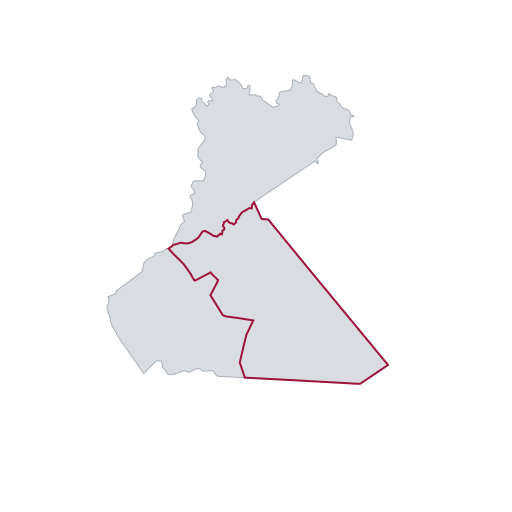 location of Timbuktu within Mali, rotated 146°
{"feature_id": "MLI-2688", "entity_name": "Timbuktu", "entity_type": "Region", "adm_level": 1, "iso_a3": "MLI", "parent_name": "Mali", "parent_adm1": "", "projection": "robinson", "projection_center": [-3.929, 20.026], "detail": "fine", "context": "in_parent", "style": "outline", "palette": "rose", "viewbox_px": 512, "rotation_deg": 146, "n_neighbors": 0, "source": "natural_earth", "source_scale": "10m", "svg_char_len": 6968}
<svg xmlns="http://www.w3.org/2000/svg" viewBox="0 0 512 512"><g transform="rotate(146 256 256)"><path d="M113.4,370.2L113.6,368.5L112.3,367.4L112.3,366.8L113.0,362.0L112.9,360.7L113.5,358.3L112.6,357.2L112.5,356.4L110.5,353.3L109.8,350.6L108.8,348.9L106.4,348.3L105.5,349.8L105.0,350.0L104.1,349.0L103.8,348.0L103.8,347.2L100.7,343.0L101.0,340.8L102.1,339.6L102.6,337.7L101.5,335.5L101.6,333.3L101.5,330.4L99.7,327.8L98.5,326.6L97.5,324.8L98.4,320.6L96.6,317.0L100.0,318.4L101.6,317.1L103.1,315.3L104.5,312.9L105.1,309.9L105.4,307.4L106.8,303.4L108.4,301.5L111.8,298.7L112.7,299.0L118.2,304.9L121.3,307.9L122.4,309.5L123.4,309.5L125.0,306.6L126.6,304.1L127.3,303.5L132.8,303.1L135.7,303.6L138.3,304.3L141.9,304.5L151.5,302.7L151.6,301.5L151.5,300.1L151.9,299.0L152.7,298.0L153.4,297.8L153.6,301.2L154.4,301.7L156.7,301.8L227.5,301.8L230.5,284.4L225.3,278.1L207.4,91.8L241.1,91.8L246.9,96.0L355.2,177.9L355.8,180.5L355.7,184.2L356.5,185.3L358.1,186.5L364.2,190.0L364.7,190.7L365.0,192.1L365.7,193.9L367.0,194.9L368.5,195.7L370.4,196.2L376.0,196.8L377.2,197.6L379.6,200.8L380.9,201.5L388.4,203.2L390.9,204.1L393.5,205.6L395.0,206.9L395.0,212.0L396.0,215.3L396.0,216.1L394.8,217.5L394.6,218.4L393.2,221.1L393.5,222.1L396.1,224.1L397.4,224.6L398.9,224.6L414.8,221.2L415.4,268.7L414.8,269.4L414.5,277.8L413.4,282.8L411.4,286.4L410.1,291.9L409.4,293.0L408.8,296.1L407.7,297.9L405.6,298.6L402.0,302.1L401.7,304.9L393.1,303.4L392.5,303.4L392.2,303.8L392.0,305.3L370.0,306.1L359.2,306.8L352.4,313.2L348.0,313.8L342.4,313.3L339.6,313.2L338.5,313.6L338.3,314.8L329.5,311.5L326.2,312.5L325.7,312.2L325.3,311.5L323.7,311.1L321.2,311.3L319.3,311.8L313.8,316.8L310.8,318.1L305.2,321.1L301.3,323.7L299.9,324.2L297.7,324.3L295.9,324.8L294.3,330.6L293.2,331.2L286.6,328.9L285.2,329.2L284.1,329.9L280.3,333.3L278.5,336.0L277.5,339.6L277.7,342.0L277.0,342.7L275.3,342.9L272.2,342.2L271.3,342.5L270.8,344.3L270.9,348.2L270.2,350.8L268.4,351.6L267.0,352.7L265.9,353.0L264.9,352.7L259.5,348.8L257.7,348.1L255.7,348.6L253.8,350.3L250.3,354.4L250.7,355.9L251.7,357.6L252.3,359.7L252.3,361.6L247.4,364.3L248.5,366.3L248.4,371.7L246.1,374.1L245.3,375.7L243.1,377.5L241.2,378.4L235.3,379.9L232.8,381.6L231.7,382.9L231.4,384.4L231.7,386.1L232.8,389.7L232.4,392.9L231.5,396.7L230.5,398.4L227.8,400.3L228.2,402.8L228.4,406.3L228.0,410.9L227.1,413.9L226.5,413.6L223.8,413.8L220.9,414.7L219.9,415.5L219.6,416.6L217.2,419.1L215.5,418.9L214.0,418.2L213.2,417.6L213.1,417.2L214.1,415.2L214.1,414.5L213.2,411.0L213.4,410.2L213.0,407.5L212.8,407.4L209.6,408.5L209.4,409.0L209.9,410.7L209.6,411.0L208.5,411.0L206.9,410.4L205.1,408.8L204.7,409.3L204.5,410.6L204.4,412.0L204.8,414.7L204.4,415.6L201.6,415.5L199.4,415.8L198.8,416.7L198.6,417.8L199.1,419.0L199.0,419.5L198.1,420.2L197.6,420.2L196.4,418.9L191.3,417.6L190.9,415.8L190.3,415.8L188.7,413.6L188.1,413.7L187.5,414.0L185.6,413.9L183.8,415.8L182.6,418.1L181.2,419.3L179.1,419.8L179.5,418.3L178.8,416.2L174.5,413.7L173.8,412.6L172.7,406.8L172.8,405.1L173.1,403.5L172.9,402.4L172.5,401.5L171.2,400.6L169.8,400.2L168.1,401.3L167.2,401.5L166.5,401.5L166.1,401.0L166.1,400.5L168.0,397.3L168.9,396.0L170.8,394.5L171.3,393.7L171.3,393.1L171.1,392.7L169.9,392.1L168.0,390.7L167.0,390.5L166.2,389.9L165.3,387.6L164.8,387.2L163.9,386.9L163.1,386.4L163.2,380.9L161.4,376.7L159.8,371.5L158.9,370.2L157.4,369.2L155.6,368.5L153.9,368.3L152.1,368.9L152.1,369.4L153.1,371.0L153.3,372.0L153.1,372.9L152.8,373.5L150.3,374.1L147.0,376.0L145.8,378.2L145.1,378.5L143.8,378.2L135.0,374.4L131.3,376.1L128.9,379.4L128.3,380.4L127.2,381.4L126.5,381.4L125.9,380.8L123.3,375.8L122.2,374.6L120.9,374.6L119.7,375.4L118.4,377.0L116.8,378.6L115.9,379.1L115.0,378.8L111.4,375.5L111.2,374.7L112.9,370.8L113.4,370.2Z" fill="#d9dde1" stroke="#a8b0b8" stroke-width="1"/><path d="M241.1,91.8L242.6,92.9L244.0,93.9L245.5,95.0L246.9,96.0L249.0,97.6L250.5,98.8L252.1,100.0L253.6,101.1L255.1,102.3L256.6,103.4L258.1,104.6L259.6,105.7L261.2,106.9L262.7,108.0L264.2,109.2L265.7,110.3L267.2,111.5L268.7,112.6L270.3,113.8L271.8,114.9L273.3,116.1L275.0,117.3L276.6,118.6L278.3,119.8L279.9,121.1L281.6,122.3L283.2,123.6L284.9,124.9L286.5,126.1L288.2,127.4L289.8,128.6L291.5,129.9L293.1,131.1L294.8,132.4L296.5,133.6L298.1,134.9L299.8,136.1L301.4,137.4L303.1,138.6L304.7,139.9L306.4,141.1L308.1,142.4L309.7,143.6L311.4,144.9L313.0,146.1L314.7,147.4L316.4,148.7L318.0,149.9L319.7,151.2L321.4,152.4L323.0,153.7L324.7,154.9L326.3,156.2L328.0,157.4L329.7,158.7L331.3,159.9L333.0,161.2L333.3,161.4L333.2,161.6L329.0,176.8L316.8,188.1L308.1,196.0L294.3,204.1L306.3,215.3L315.0,223.0L316.6,225.4L315.7,249.0L312.1,250.9L302.4,256.1L300.9,257.2L302.1,262.8L302.8,265.8L302.6,266.9L302.8,267.8L304.1,267.9L312.3,268.8L318.0,269.4L319.3,269.6L320.0,269.7L320.7,270.1L320.6,272.6L320.6,274.4L320.2,277.1L320.3,283.3L320.4,286.2L320.5,289.7L321.3,294.1L321.5,295.0L321.8,296.4L322.7,300.8L323.2,302.9L324.4,311.0L320.1,311.1L319.5,311.3L319.1,311.6L310.6,308.9L308.8,307.0L307.2,305.7L305.1,304.5L301.4,303.3L298.9,303.4L297.0,303.2L295.6,303.3L292.5,303.8L289.0,305.3L286.7,306.1L285.1,305.7L283.8,304.7L282.8,302.6L280.8,298.7L280.4,297.0L278.5,295.1L277.5,293.9L276.8,293.8L275.2,294.2L273.0,294.4L272.9,293.4L272.1,293.0L271.3,293.7L269.6,295.8L267.9,295.7L266.7,296.6L266.4,297.6L266.6,299.5L265.9,300.2L264.5,300.9L263.6,302.0L261.9,301.6L259.7,301.9L259.6,299.4L259.2,298.0L257.6,296.6L257.0,294.6L255.7,294.7L254.1,294.9L253.5,295.3L252.1,296.9L249.4,297.2L248.0,298.3L243.4,300.0L240.3,299.8L237.3,299.5L235.6,299.6L234.5,299.3L233.0,297.9L231.7,299.3L230.5,300.6L227.6,301.6L227.6,301.4L228.0,299.3L228.3,297.1L228.7,295.0L229.1,292.8L229.4,290.7L229.8,288.6L230.1,286.5L230.5,284.5L230.6,283.8L230.6,283.7L230.5,283.4L230.4,283.3L229.6,282.7L228.8,282.1L228.1,281.5L227.2,280.9L226.5,280.3L225.7,279.7L225.6,279.4L225.4,279.0L225.3,278.1L225.1,276.1L224.9,274.1L224.8,272.2L224.6,270.2L224.4,268.2L224.2,266.2L224.0,264.2L223.8,262.2L223.6,260.2L223.5,258.2L223.3,256.2L223.1,254.2L222.9,252.2L222.7,250.2L222.5,248.2L222.3,246.2L222.2,244.2L222.0,242.1L221.8,240.1L221.6,238.0L221.4,236.0L221.2,233.9L221.0,231.9L220.8,229.8L220.6,227.8L220.4,225.7L220.2,223.7L220.1,221.6L219.9,220.3L219.8,219.0L219.7,217.7L219.6,216.5L219.3,213.4L219.0,210.6L218.8,207.9L218.5,205.1L218.2,202.4L218.0,199.6L217.7,196.8L217.4,194.1L217.2,191.3L216.9,188.9L216.8,187.6L216.5,184.8L216.2,181.9L216.1,180.6L215.9,178.0L215.6,175.3L215.3,172.6L215.1,170.0L214.8,167.3L214.6,164.6L214.3,162.0L214.0,159.3L213.8,156.6L213.5,153.9L213.3,151.3L213.0,148.6L212.7,145.9L212.5,143.3L212.2,140.6L212.0,137.9L211.7,135.3L211.5,133.2L211.4,132.6L211.2,129.9L210.9,127.3L210.7,124.6L210.4,121.9L210.1,119.3L209.9,116.6L209.8,115.2L209.5,112.2L209.2,109.2L209.0,107.8L209.0,107.7L208.9,105.9L208.7,104.2L208.5,102.4L208.3,100.6L208.2,98.9L208.0,97.1L207.8,95.4L207.6,93.6L207.5,91.8L211.7,91.8L215.9,91.8L220.1,91.8L224.3,91.8L228.5,91.8L232.7,91.8L236.9,91.8L241.1,91.8Z" fill="none" stroke="#9f1239" stroke-width="2"/></g></svg>